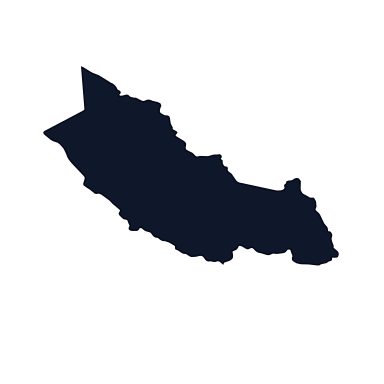 the Department of Puno, rotated 299°
{"feature_id": "PER-573", "entity_name": "Puno", "entity_type": "Department", "adm_level": 1, "iso_a3": "PER", "parent_name": "Peru", "parent_adm1": "", "projection": "equal_earth", "projection_center": [-69.98, -15.156], "detail": "fine", "context": "isolated", "style": "filled", "palette": "ink", "viewbox_px": 384, "rotation_deg": 299, "n_neighbors": 0, "source": "natural_earth", "source_scale": "10m", "svg_char_len": 4961}
<svg xmlns="http://www.w3.org/2000/svg" viewBox="0 0 384 384"><g transform="rotate(299 192 192)"><path d="M247.6,35.2L247.7,36.3L247.3,45.0L247.4,48.0L248.2,53.9L247.5,68.3L247.7,70.0L247.4,71.9L246.9,73.6L246.4,74.6L245.3,76.3L244.8,77.1L244.7,78.1L244.8,79.1L244.8,79.9L244.3,80.7L243.7,80.9L242.0,80.5L241.3,80.6L240.5,82.3L241.6,84.4L244.6,87.6L245.2,88.7L245.2,89.5L244.9,90.4L244.7,91.6L244.8,92.6L245.5,95.4L246.5,97.3L246.7,99.8L246.7,102.5L247.0,104.9L247.7,106.3L250.7,108.8L251.2,109.9L251.6,111.0L251.9,113.6L253.3,118.5L253.5,121.1L252.4,122.6L248.7,123.2L246.9,123.9L245.5,125.2L245.2,126.4L245.1,127.9L245.1,130.7L245.6,132.1L246.3,133.5L246.5,135.0L245.5,136.3L241.9,139.0L240.8,140.0L238.6,143.3L238.2,143.5L237.3,143.8L237.0,144.2L236.8,145.5L236.9,148.9L236.6,149.7L235.4,149.6L234.2,149.3L233.1,149.5L232.4,150.9L232.0,160.4L231.3,162.5L230.4,163.2L227.3,164.3L226.1,165.3L225.6,166.3L225.5,167.5L225.7,173.6L225.6,174.1L224.7,176.9L224.5,178.3L224.8,179.6L226.0,181.0L226.9,182.1L230.1,188.4L231.0,189.6L234.2,192.8L235.1,194.0L236.5,196.5L237.8,198.1L237.7,199.5L236.8,200.4L235.5,200.3L234.4,200.4L233.7,203.2L231.9,204.1L230.8,205.3L229.9,206.8L229.6,208.0L230.2,210.2L230.2,210.8L229.8,211.2L228.3,211.8L227.8,212.2L227.0,213.6L226.8,215.0L226.6,216.5L226.3,217.9L222.8,224.9L222.3,227.1L222.6,229.4L223.3,231.5L225.6,239.1L227.9,246.7L230.2,254.3L232.5,261.9L233.8,265.9L235.7,269.1L236.7,270.2L237.9,271.2L239.2,271.7L240.6,271.7L241.2,271.4L242.3,270.3L242.9,270.0L243.5,270.1L245.2,270.8L246.8,270.2L248.0,271.1L250.2,274.3L253.1,275.8L254.3,276.9L254.9,278.9L253.7,281.4L247.5,284.6L245.7,285.8L244.2,288.1L243.7,289.4L243.6,290.9L243.7,295.2L243.5,297.5L243.8,298.7L245.3,301.4L244.6,302.5L243.7,304.0L242.8,304.9L239.6,307.1L238.6,307.4L236.6,307.6L235.7,308.3L235.2,309.4L234.2,313.4L233.4,314.9L227.9,322.6L226.4,326.6L225.8,327.6L223.4,329.4L223.1,329.9L222.9,330.6L223.1,331.0L223.5,331.3L223.7,331.7L223.5,332.9L222.3,334.7L220.9,335.4L219.3,335.7L217.8,336.5L216.1,338.0L213.1,341.5L212.8,341.6L211.9,341.8L211.6,341.9L211.0,343.5L210.2,347.6L209.2,349.4L209.4,349.5L209.2,349.5L208.6,349.8L206.7,350.3L206.3,350.3L206.0,350.3L205.6,350.1L205.2,349.7L204.3,348.2L204.0,347.7L203.5,346.3L203.3,346.0L203.0,345.8L202.5,345.8L202.1,345.8L201.8,345.9L201.5,346.1L200.6,346.5L200.3,346.5L200.0,346.5L199.5,346.2L197.9,344.7L197.3,344.3L196.8,344.0L196.6,344.0L196.1,343.8L195.8,343.7L194.7,342.6L192.8,340.4L191.6,339.2L191.4,339.0L191.2,338.9L190.5,338.7L190.1,338.4L188.9,336.2L185.9,328.9L182.3,322.0L181.3,318.7L181.1,317.8L181.1,316.7L181.1,316.1L181.2,314.1L181.4,313.5L181.8,312.8L182.5,312.3L183.1,312.0L184.7,311.7L185.3,311.4L185.9,310.9L187.3,309.0L189.5,306.7L189.9,305.5L188.6,303.0L185.2,302.3L184.6,302.1L183.8,301.4L182.9,300.4L180.1,296.6L179.1,294.8L178.4,293.0L178.0,292.3L177.4,291.7L175.1,289.9L174.3,288.9L173.6,286.5L172.7,282.1L171.8,279.3L171.8,278.7L171.8,277.3L172.1,275.7L172.9,273.1L173.0,272.3L172.7,271.4L172.3,270.4L170.1,268.8L169.4,267.9L169.2,266.4L169.3,264.0L169.3,261.8L169.1,260.7L168.8,259.7L168.2,258.8L167.4,258.4L166.3,258.4L165.5,258.6L163.4,258.2L159.9,255.5L158.2,256.3L157.6,256.9L156.7,257.5L156.0,258.1L154.4,258.8L153.4,258.9L151.9,258.4L150.5,257.6L147.4,254.8L147.3,254.7L146.8,254.2L145.6,253.6L144.4,253.8L144.9,251.5L145.1,249.8L144.8,247.9L142.6,245.7L142.0,244.5L141.2,241.8L140.7,240.9L140.2,240.2L139.8,239.6L139.6,238.9L139.6,238.0L139.7,237.5L139.8,236.9L141.3,233.7L141.5,233.0L141.5,232.1L141.4,231.1L140.8,229.8L140.4,229.1L138.1,226.7L137.4,225.7L135.6,222.8L135.4,222.0L135.3,221.0L135.5,218.6L135.6,217.7L135.6,217.2L135.5,216.5L135.2,215.5L134.8,214.9L134.5,214.0L134.4,212.8L134.8,208.0L134.5,205.6L135.2,204.9L135.6,204.7L136.4,204.3L136.8,204.1L137.1,203.3L137.3,202.2L137.4,196.4L137.0,193.9L136.6,192.1L136.1,190.8L135.7,190.1L135.5,189.3L135.5,188.3L135.6,186.7L135.8,185.7L136.1,184.5L136.0,184.3L136.0,183.9L135.2,182.3L135.2,180.1L135.7,178.7L136.9,176.2L137.0,175.1L136.8,173.7L136.2,171.2L136.0,170.0L136.0,168.9L136.6,165.5L136.5,164.6L136.1,163.8L134.9,163.0L134.1,162.9L133.4,163.0L132.9,162.9L132.3,162.6L131.8,162.1L130.9,160.6L129.6,158.1L129.3,157.5L129.1,156.7L129.1,156.1L129.5,155.0L130.5,154.7L132.0,154.5L132.6,154.4L133.1,153.9L133.6,153.2L134.3,152.2L135.3,150.9L135.7,150.6L136.3,149.9L136.6,149.4L136.7,148.7L136.7,147.9L136.1,146.5L135.8,145.3L136.2,143.2L137.2,139.8L137.7,139.2L138.2,138.8L141.0,138.9L141.6,138.4L141.8,138.0L142.1,137.3L143.9,128.2L144.8,125.5L145.3,123.8L146.5,114.0L146.4,112.3L145.9,110.6L145.2,109.8L144.6,108.9L144.2,107.8L145.3,101.7L145.5,97.9L146.0,94.1L146.8,93.5L151.3,92.5L152.8,91.9L153.5,91.3L154.4,89.2L159.6,72.8L161.2,69.0L162.0,67.5L163.2,65.8L164.7,64.1L168.0,59.5L168.8,57.9L170.2,53.7L170.6,51.7L170.7,50.9L170.6,50.0L169.8,45.6L169.9,42.9L171.4,34.7L172.4,33.7L173.3,33.9L210.4,58.2L211.9,58.6L212.8,58.3L247.6,35.2L247.6,35.2Z" fill="#0f172a" stroke="#020617" stroke-width="1.5"/></g></svg>